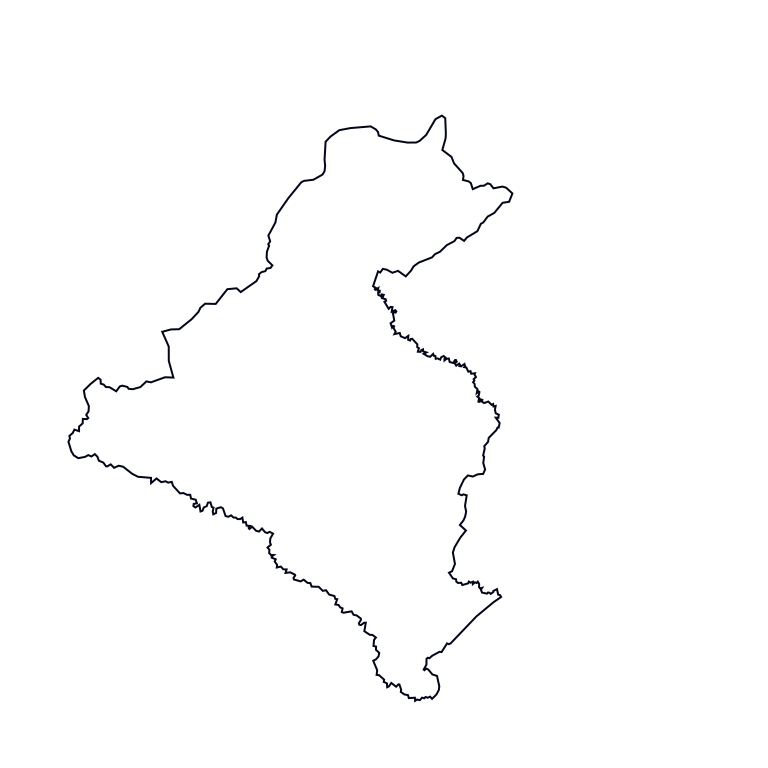 the district of Nong Khayang, Uthai Thani, Thailand, rotated 38°
{"feature_id": "78962969B47867684933269", "entity_name": "Nong Khayang", "entity_type": "district", "adm_level": 2, "iso_a3": "THA", "parent_name": "Thailand", "parent_adm1": "Uthai Thani", "projection": "natural_earth1", "projection_center": [99.965, 15.364], "detail": "fine", "context": "isolated", "style": "outline", "palette": "ink", "viewbox_px": 768, "rotation_deg": 38, "n_neighbors": 0, "source": "geoboundaries", "source_scale": "gbopen_adm2", "svg_char_len": 6165}
<svg xmlns="http://www.w3.org/2000/svg" viewBox="0 0 768 768"><g transform="rotate(38 384 384)"><path d="M367.9,154.8L359.4,154.1L355.8,155.5L349.8,162.4L344.8,161.1L342.2,162.0L340.7,166.2L338.0,168.4L334.0,175.8L328.7,172.2L325.8,172.3L320.6,174.6L318.6,171.1L316.1,169.3L303.3,167.0L297.4,163.5L285.9,163.7L281.4,152.7L278.9,149.0L268.6,136.8L264.4,136.9L261.5,143.6L263.9,161.8L262.4,170.5L260.7,173.9L254.0,179.2L242.1,185.8L227.0,191.5L224.1,189.1L220.8,188.4L214.9,189.2L200.0,203.0L192.5,211.5L189.5,222.0L188.8,229.0L199.1,243.9L203.3,248.3L206.2,253.0L206.6,256.9L202.6,266.5L195.9,273.2L194.6,276.0L194.2,296.4L195.3,316.5L199.0,323.6L201.5,338.2L206.5,341.7L206.7,345.1L208.3,345.7L210.3,351.8L213.7,356.7L216.5,358.5L223.0,359.2L223.1,362.5L220.5,365.2L221.0,368.1L218.6,371.3L217.9,374.6L219.3,375.9L220.1,381.4L214.5,399.8L209.0,399.3L202.2,405.7L202.1,424.5L193.6,430.9L192.4,436.9L193.4,441.6L192.5,451.4L188.9,466.9L182.6,472.1L177.1,479.4L191.3,487.0L200.2,498.3L214.1,508.6L207.3,513.5L199.3,526.2L195.2,528.2L193.9,536.4L189.3,542.7L185.8,545.0L183.6,544.3L178.7,546.5L177.3,548.6L177.5,554.6L169.7,555.5L166.7,557.6L163.5,557.0L160.6,558.1L158.0,555.1L155.0,555.1L152.8,564.3L151.5,573.9L156.4,578.4L165.0,583.1L168.0,587.4L168.4,591.7L171.9,593.0L171.5,594.6L168.2,596.9L170.8,600.6L169.9,605.2L172.7,608.9L168.1,610.6L168.9,614.2L168.0,618.6L170.1,620.3L170.9,623.8L179.0,629.5L183.4,631.2L188.7,630.7L193.3,625.5L194.7,622.1L198.1,621.2L199.3,617.3L202.8,617.7L206.6,620.0L211.2,618.7L215.6,620.0L216.6,619.4L218.1,615.6L222.9,616.2L225.3,611.7L229.4,609.8L240.8,609.8L247.2,608.6L258.2,601.4L261.5,605.5L262.9,598.5L268.9,598.5L271.8,595.1L274.6,594.6L277.0,591.8L280.4,594.1L290.6,595.8L293.1,593.4L297.0,592.6L299.5,590.6L302.5,593.1L306.8,591.1L310.0,593.2L307.9,595.7L309.0,597.6L311.4,597.4L312.9,592.9L317.9,597.4L319.0,595.6L318.0,592.2L319.5,589.4L318.3,585.9L320.1,584.1L324.0,586.9L325.8,586.4L327.5,589.9L329.7,591.8L331.1,589.0L328.6,585.4L331.3,581.5L333.7,581.2L340.5,585.6L343.0,584.5L344.5,581.6L347.5,581.9L349.5,580.5L351.7,580.6L353.9,578.9L354.7,576.5L358.3,579.8L360.1,577.9L363.0,580.2L365.8,578.3L365.9,580.7L367.2,581.1L368.0,577.6L373.6,578.4L376.4,577.2L376.8,573.0L381.5,574.0L383.8,573.3L384.9,570.9L388.7,570.2L389.5,575.7L391.6,578.9L393.8,580.3L392.9,584.6L395.8,585.2L397.5,587.9L400.2,588.3L402.4,586.7L401.7,589.2L402.4,590.0L406.6,588.8L407.2,591.2L411.1,592.3L412.5,594.6L415.1,591.4L418.8,592.0L421.4,590.1L422.7,593.5L426.1,590.1L431.2,589.1L431.9,589.5L432.0,592.4L433.3,593.5L439.8,590.9L441.2,587.6L446.2,587.8L448.5,586.2L451.7,588.2L457.4,584.0L463.1,584.7L465.3,582.2L470.4,583.7L475.5,581.6L477.9,583.3L479.6,582.4L481.4,587.7L484.2,586.1L487.0,587.0L489.5,586.3L491.2,589.7L492.9,589.2L498.4,583.1L502.1,584.6L505.0,583.2L510.1,583.1L511.0,584.0L511.5,588.0L512.7,588.9L514.3,588.1L515.3,584.4L516.6,583.3L520.7,590.9L527.1,590.4L529.6,588.8L533.7,588.8L533.7,591.8L537.0,596.9L539.4,595.8L541.3,598.4L545.8,598.8L547.4,602.0L547.2,605.9L545.9,608.7L554.9,613.8L557.3,617.8L559.3,616.5L566.1,616.9L567.2,618.9L570.6,618.1L573.2,621.0L574.0,619.4L573.8,615.1L579.9,615.1L580.3,611.8L581.1,611.3L585.7,614.3L586.8,616.3L591.1,616.1L594.5,614.4L596.9,616.2L601.5,612.2L603.6,614.5L604.3,612.3L606.9,611.1L607.1,607.7L609.2,606.9L609.4,605.1L611.6,604.3L612.8,602.0L615.7,602.5L616.5,596.4L615.6,591.4L613.7,588.2L605.5,581.4L600.9,583.1L594.6,581.7L592.3,582.4L592.1,584.6L591.1,584.6L590.2,579.0L586.7,574.4L587.0,572.8L588.6,572.2L589.3,568.4L592.6,560.9L594.4,559.8L593.4,549.6L595.4,549.0L596.2,547.3L599.9,510.3L604.6,488.7L607.4,479.7L605.3,478.9L603.7,479.7L599.3,476.1L597.6,479.8L598.2,480.8L597.3,483.7L595.7,483.5L594.3,484.3L594.2,485.8L589.7,488.0L587.0,486.5L586.8,484.2L585.4,485.9L584.0,485.6L582.1,483.0L579.6,482.0L579.5,483.8L577.7,484.3L577.2,486.9L575.8,485.1L574.6,487.2L572.5,487.5L573.1,489.2L569.5,494.2L567.3,493.1L564.6,495.3L562.6,495.2L561.0,493.5L558.0,494.8L551.4,492.7L552.9,489.6L550.7,482.1L542.0,474.4L540.1,469.1L538.7,458.1L538.8,449.0L530.6,448.4L530.6,442.5L529.6,438.6L527.3,434.0L522.9,430.2L517.7,420.8L514.5,422.1L513.8,423.8L510.2,424.7L507.8,419.2L505.8,410.1L506.4,404.4L510.9,402.3L513.5,397.4L517.5,393.8L516.3,389.1L510.9,385.2L507.6,379.6L506.2,379.4L503.0,372.7L501.3,371.3L501.6,365.5L499.7,362.0L500.9,351.3L500.3,348.3L501.2,347.8L499.2,343.6L492.8,341.7L494.9,340.2L493.4,337.5L490.1,338.3L487.2,335.9L485.5,332.6L484.1,334.3L482.3,332.6L481.6,334.2L477.0,333.6L474.6,337.4L471.9,337.6L471.3,336.0L469.5,336.6L470.3,339.2L469.3,339.8L467.6,336.5L465.3,336.4L465.8,334.9L464.1,331.5L463.2,331.5L462.7,334.0L460.8,330.5L457.2,330.2L455.4,328.2L453.0,327.7L453.2,325.8L451.7,325.0L452.2,321.9L449.6,320.9L449.1,319.5L446.4,322.2L444.2,320.6L442.9,322.4L438.7,320.3L436.9,321.3L436.8,319.9L435.1,318.7L433.9,322.7L432.4,323.4L432.1,322.1L430.7,321.6L429.6,325.1L427.1,324.2L427.6,321.7L425.9,320.8L425.3,321.3L425.5,324.9L422.2,326.2L419.4,324.0L417.7,325.8L417.2,328.2L416.1,326.9L416.3,325.3L413.8,325.2L412.6,327.7L413.3,330.2L410.5,330.8L409.2,332.3L407.2,330.3L405.8,331.1L404.2,330.0L403.6,334.2L401.1,335.3L396.7,335.8L398.0,333.0L394.7,334.2L393.4,332.7L392.6,334.3L393.0,336.2L390.8,337.7L389.5,334.3L387.5,334.5L385.8,332.2L378.3,331.0L377.4,332.1L377.8,333.7L375.8,334.3L373.5,331.1L372.4,334.9L367.8,336.1L365.0,334.1L361.5,338.3L361.0,335.6L357.0,334.0L356.5,332.3L355.5,332.5L355.6,334.6L351.8,332.1L353.1,327.7L347.6,322.9L347.7,321.5L349.2,320.6L349.0,319.2L347.4,318.9L345.6,322.3L343.3,318.2L341.7,319.2L341.4,321.9L333.7,318.9L334.5,317.2L333.2,316.2L329.4,317.6L328.0,316.5L329.5,316.1L328.9,313.9L327.0,314.8L327.2,316.7L324.6,317.3L323.1,315.5L324.1,314.4L323.2,313.1L321.4,314.1L320.4,311.9L319.2,315.1L318.3,314.9L318.3,313.3L315.2,313.7L310.0,298.9L312.4,298.5L312.2,294.0L315.8,292.2L322.1,291.2L325.4,286.2L334.9,285.8L335.5,278.1L334.9,273.0L336.7,266.8L343.9,254.6L344.2,250.4L346.7,245.3L348.0,235.9L351.5,228.1L351.3,224.1L353.5,222.3L359.0,221.9L359.1,217.6L363.5,206.0L361.7,198.2L362.8,195.4L362.6,188.3L365.6,181.3L365.9,168.2L370.4,163.4L367.9,154.8Z" fill="none" stroke="#020617" stroke-width="2"/></g></svg>